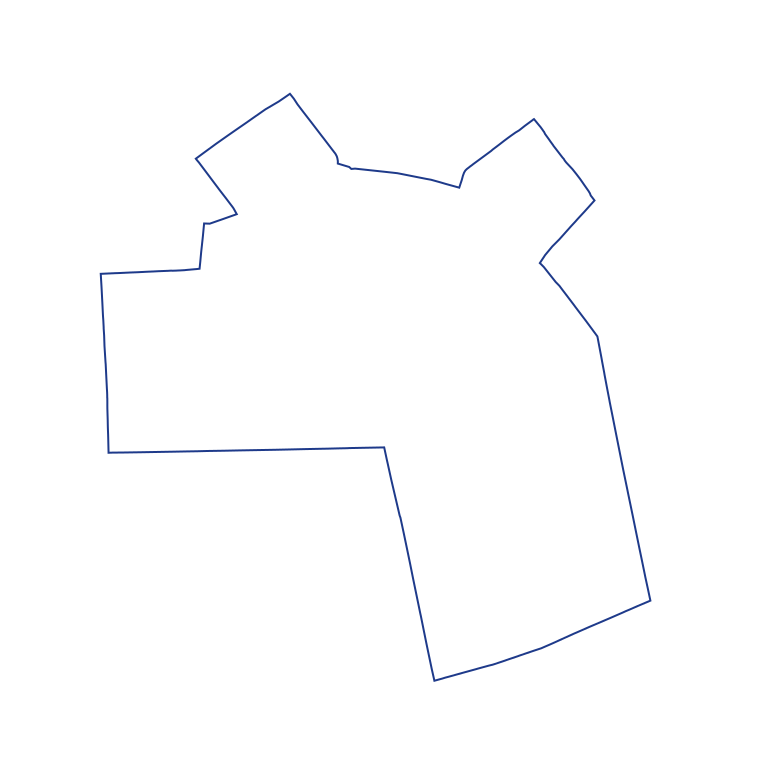 Comuna 7, Ciudad de Buenos Aires, Argentina (Mercator projection), rotated 189°
{"feature_id": "61730980B96499416001790", "entity_name": "Comuna 7", "entity_type": "district", "adm_level": 2, "iso_a3": "ARG", "parent_name": "Argentina", "parent_adm1": "Ciudad de Buenos Aires", "projection": "mercator", "projection_center": [-58.45, -34.635], "detail": "fine", "context": "isolated", "style": "outline", "palette": "blue", "viewbox_px": 768, "rotation_deg": 189, "n_neighbors": 0, "source": "geoboundaries", "source_scale": "gbopen_adm2", "svg_char_len": 3939}
<svg xmlns="http://www.w3.org/2000/svg" viewBox="0 0 768 768"><g transform="rotate(189 384 384)"><path d="M87.0,211.7L91.3,222.9L95.7,234.2L96.4,236.1L101.4,249.4L106.4,262.6L112.6,279.1L117.8,293.0L122.6,305.7L125.9,314.4L126.9,317.1L127.5,318.7L134.3,336.7L141.0,354.8L147.5,372.4L153.2,387.9L158.2,401.4L159.0,403.7L163.6,416.4L167.6,427.6L168.3,429.7L172.3,440.9L172.7,442.1L173.4,444.1L180.1,462.8L180.7,464.4L194.4,477.9L206.9,489.9L208.4,491.4L220.6,503.1L222.4,504.8L226.1,508.4L228.5,510.2L230.4,511.6L236.7,517.4L244.4,524.5L247.1,526.5L248.4,527.4L249.0,527.8L245.0,536.6L239.3,546.2L233.5,554.2L224.0,569.0L220.3,574.5L219.3,576.1L218.4,577.5L216.6,580.2L212.9,585.7L207.2,594.5L204.8,598.2L205.1,598.5L205.5,598.9L209.3,602.5L210.5,604.6L211.2,605.4L212.0,606.4L217.9,612.5L219.6,614.3L222.4,617.2L226.8,621.4L231.5,625.7L238.7,631.3L240.6,633.1L241.5,634.3L243.1,635.6L250.4,642.5L253.6,645.5L254.1,646.0L254.3,646.3L257.7,649.7L259.5,651.6L264.0,656.1L265.4,658.1L265.6,658.2L267.5,660.2L269.6,662.3L271.9,664.3L277.3,669.1L277.7,668.8L278.0,668.5L278.5,667.9L285.3,661.0L289.9,656.0L290.5,655.4L293.5,652.9L297.2,649.3L299.9,646.6L303.4,643.0L307.8,638.3L313.3,632.6L314.6,631.0L330.5,614.9L331.2,614.1L332.8,612.5L332.9,612.4L333.2,612.1L333.7,611.5L335.8,609.3L336.4,608.5L337.1,607.5L337.3,607.0L338.0,605.2L338.4,603.1L338.6,602.3L339.0,598.6L339.1,597.7L339.3,596.4L339.7,594.1L340.4,589.7L349.3,590.7L354.6,591.3L359.9,592.0L369.5,593.1L374.3,593.2L379.8,593.4L400.6,594.2L403.9,594.3L416.6,593.7L446.3,592.2L449.9,591.3L452.3,592.9L461.9,594.2L464.1,594.5L464.4,596.6L464.7,597.8L464.9,598.2L465.0,598.6L465.4,599.7L465.9,600.8L466.4,601.7L467.0,602.5L467.6,603.3L468.2,604.0L468.6,604.4L469.6,605.3L470.0,605.7L470.4,606.1L471.5,607.1L482.6,617.7L483.7,618.7L496.0,630.4L506.1,639.9L513.1,646.6L517.7,651.7L521.4,655.1L522.3,655.9L526.8,651.6L532.2,646.5L544.0,636.8L554.5,626.7L561.3,620.1L569.6,612.2L577.1,605.0L587.4,595.0L587.6,594.8L599.0,583.3L605.1,577.1L604.3,576.3L603.4,575.5L601.4,573.8L600.9,573.3L600.7,573.1L588.3,561.1L587.6,560.4L581.2,554.2L578.7,551.8L577.4,550.5L568.6,542.2L560.6,534.5L559.5,533.2L556.0,528.7L571.1,520.5L571.7,520.2L581.2,515.1L586.8,514.4L586.0,501.7L585.6,493.7L585.2,485.5L584.6,476.3L584.2,469.0L586.7,468.3L594.3,466.4L597.1,465.7L598.9,465.2L599.7,465.0L600.0,465.0L601.2,464.7L608.4,463.2L610.6,462.8L611.6,462.7L612.7,462.5L615.0,462.0L618.0,461.4L625.5,459.9L627.8,459.4L631.7,458.6L635.2,457.9L638.0,457.3L645.1,455.8L651.7,454.5L663.7,452.0L664.8,451.8L665.4,451.7L681.0,448.5L678.0,434.8L674.9,420.2L672.4,408.2L672.0,406.4L671.2,403.0L669.7,395.9L669.7,395.6L668.0,388.1L666.0,377.7L662.5,362.1L662.0,360.1L659.5,348.1L658.7,344.3L657.0,336.2L656.2,332.6L655.7,330.0L655.2,327.0L655.1,326.9L654.3,322.1L653.8,318.9L653.4,316.5L651.2,304.9L650.8,302.6L650.1,298.7L649.7,296.6L648.5,290.5L648.0,287.8L645.3,273.0L641.7,273.7L637.0,274.5L629.9,275.7L627.6,276.1L613.8,278.5L599.6,281.0L584.3,283.7L582.0,284.1L568.0,286.6L557.7,288.4L548.0,290.2L531.4,293.1L515.8,295.9L505.6,297.7L481.2,302.0L468.5,304.3L451.5,307.4L434.2,310.5L430.2,311.2L418.3,313.4L410.5,314.8L408.2,315.3L401.4,316.5L398.1,317.1L385.7,319.3L373.9,321.4L369.3,309.5L368.1,306.5L363.0,293.5L361.9,290.7L359.7,285.3L353.5,270.1L348.0,256.6L347.2,255.1L347.0,254.9L341.1,239.6L338.9,233.8L335.9,225.9L330.3,211.1L324.7,196.0L318.7,180.1L312.1,162.6L311.3,160.6L306.2,146.9L301.5,134.3L298.2,125.6L292.3,110.1L287.8,98.8L280.3,102.2L277.5,103.6L274.5,104.9L261.4,110.9L248.6,116.7L246.7,117.6L236.5,122.2L233.9,123.3L232.9,123.7L232.1,124.1L231.3,124.5L221.1,129.8L219.7,130.6L209.0,136.2L207.8,136.9L194.7,143.8L187.3,147.6L185.6,148.7L182.3,150.8L179.6,152.5L179.3,152.7L176.5,154.5L168.2,160.0L157.1,167.3L154.7,168.8L143.5,176.0L141.9,177.0L140.3,178.0L126.6,186.6L123.1,188.8L112.3,195.7L109.6,197.5L106.5,199.4L98.7,204.4L87.0,211.7Z" fill="none" stroke="#1e3a8a" stroke-width="2"/></g></svg>